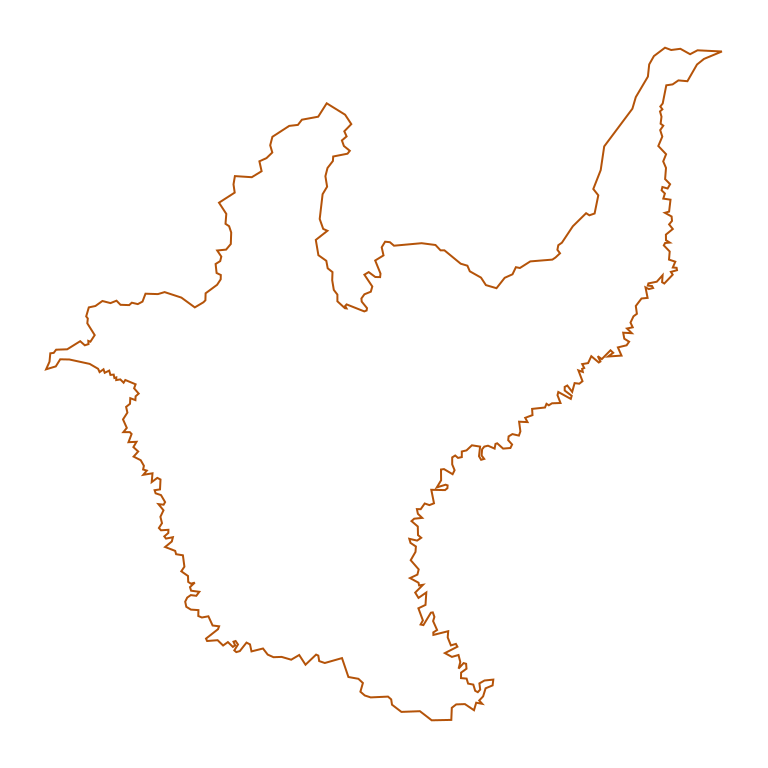 Matsoku, Leribe, Lesotho (orthographic projection)
{"feature_id": "5366337B96273842849421", "entity_name": "Matsoku", "entity_type": "district", "adm_level": 2, "iso_a3": "LSO", "parent_name": "Lesotho", "parent_adm1": "Leribe", "projection": "orthographic", "projection_center": [28.558, -29.136], "detail": "fine", "context": "isolated", "style": "outline", "palette": "amber", "viewbox_px": 768, "rotation_deg": 0, "n_neighbors": 0, "source": "geoboundaries", "source_scale": "gbopen_adm2", "svg_char_len": 6088}
<svg xmlns="http://www.w3.org/2000/svg" viewBox="0 0 768 768"><path d="M418.5,582.7L410.0,578.1L417.4,574.6L418.7,569.4L410.7,560.2L415.5,551.9L415.9,546.5L410.5,542.9L409.3,538.8L417.1,540.6L421.2,537.8L418.0,535.1L417.8,526.5L411.5,521.1L414.2,518.7L422.2,517.9L417.9,513.8L416.9,509.1L420.7,509.2L424.7,503.5L429.4,505.1L434.0,503.3L431.3,489.8L445.0,490.1L447.4,488.2L447.6,485.4L445.6,484.7L436.8,487.4L441.1,480.3L441.0,469.5L444.0,469.1L452.6,474.2L454.6,470.2L452.2,464.4L452.2,457.4L455.2,455.5L458.0,457.9L461.8,457.1L461.8,451.5L466.5,450.4L471.9,445.3L480.1,446.6L479.0,456.2L481.1,459.8L484.2,458.9L481.6,455.5L482.1,449.3L484.3,446.6L488.0,445.7L494.6,448.6L495.5,443.9L497.2,443.3L503.1,448.6L510.4,448.0L512.1,444.5L508.2,440.2L508.6,436.4L512.4,434.1L518.9,435.6L520.4,431.4L519.1,421.7L527.5,422.1L525.2,417.8L532.5,415.1L532.1,408.9L545.0,407.5L546.5,403.8L548.8,405.3L552.0,403.3L560.5,403.0L557.5,395.2L558.3,392.0L570.8,398.9L571.7,395.8L564.7,390.5L564.7,386.9L567.3,385.5L572.2,391.9L574.6,383.1L579.3,383.7L582.5,381.2L578.4,370.4L582.8,371.9L582.1,368.9L584.2,368.0L582.2,364.1L588.1,363.1L591.3,356.2L598.8,362.5L600.4,361.5L597.8,356.2L601.8,359.1L610.5,350.3L613.2,352.8L608.1,356.5L621.5,355.6L617.9,347.4L626.6,345.3L629.1,341.7L624.3,338.7L623.2,332.7L631.8,333.2L627.0,328.5L632.7,327.3L630.5,322.6L633.5,316.3L636.9,313.8L635.8,306.0L641.5,298.5L647.6,297.9L645.5,287.4L648.8,289.1L653.1,288.0L652.0,286.0L647.8,285.6L648.4,283.4L656.8,281.7L662.6,275.2L662.1,282.2L664.3,283.5L672.7,274.7L670.9,271.9L677.0,270.2L676.6,267.8L672.8,267.5L675.3,261.7L669.0,259.6L669.7,251.5L663.8,245.4L665.1,243.0L669.8,242.6L666.0,240.2L665.9,234.6L672.8,229.0L669.1,224.4L672.0,220.9L671.6,216.5L664.9,212.8L669.1,211.6L670.5,199.7L663.3,198.6L664.9,193.5L661.6,190.3L662.4,187.0L667.6,188.5L670.1,184.2L665.1,179.1L666.0,167.9L663.2,161.4L666.1,154.2L658.3,146.0L662.3,136.6L660.2,130.1L663.3,125.7L660.6,123.7L661.5,116.7L660.0,111.4L662.4,109.3L660.3,106.5L662.7,103.5L666.3,85.3L672.6,84.4L678.4,80.4L687.4,81.2L697.0,64.5L704.0,58.9L721.9,51.5L697.5,50.3L690.1,54.2L680.4,48.8L671.2,50.0L665.0,47.7L653.9,56.1L649.2,64.4L647.9,76.6L635.8,97.1L632.4,108.7L604.2,146.4L600.7,170.1L593.3,189.0L598.3,195.3L594.6,213.5L589.4,215.3L586.1,213.2L572.8,226.3L561.9,242.7L558.3,245.2L557.4,249.8L560.0,253.3L555.5,257.5L552.4,259.6L530.3,261.4L519.9,268.0L515.9,267.2L512.5,274.3L504.7,277.8L496.5,288.2L485.9,285.1L481.0,277.6L469.8,271.3L467.4,265.7L460.7,263.7L444.4,250.3L440.5,250.3L435.5,245.0L421.6,243.2L394.0,245.7L389.9,242.2L385.1,241.7L381.7,247.3L383.5,255.4L375.2,260.5L380.5,273.6L380.1,277.1L375.3,277.0L368.7,272.1L364.4,274.7L372.3,286.5L370.8,291.7L364.4,294.3L361.4,298.5L361.7,301.6L367.0,308.1L366.6,310.5L364.3,311.4L346.6,304.4L345.2,306.0L346.5,308.4L344.9,308.2L337.4,301.3L337.4,294.6L333.8,289.9L332.2,280.2L332.5,272.1L327.7,268.3L326.3,260.8L318.4,255.2L315.8,239.9L327.4,230.8L323.2,228.9L319.7,219.0L322.6,194.2L327.1,186.7L325.4,176.2L327.5,168.0L332.9,161.0L333.2,156.5L347.5,153.7L349.8,150.8L343.9,146.0L341.9,140.4L346.6,136.4L344.3,131.3L351.3,124.1L345.1,114.7L326.7,103.3L318.2,116.7L301.9,119.7L297.9,124.9L289.2,125.9L272.4,136.8L270.2,145.3L272.3,152.5L266.5,158.1L259.4,161.3L261.6,171.2L251.8,177.2L234.9,176.1L233.5,184.4L234.7,192.6L219.0,202.7L226.3,213.9L225.5,223.8L229.1,226.2L231.2,232.5L230.8,244.0L226.1,249.6L217.2,250.5L221.3,256.6L220.2,261.1L215.6,264.0L216.6,273.0L220.8,275.0L220.7,279.3L217.1,284.8L205.6,293.3L205.4,300.3L203.4,302.3L194.8,307.4L181.4,297.6L164.6,292.1L157.9,294.1L145.5,293.7L142.5,301.6L137.8,304.1L131.8,302.7L129.2,305.1L120.5,304.8L116.5,300.7L110.5,303.1L102.4,301.0L95.4,306.0L88.8,307.4L86.2,316.4L87.8,318.5L87.3,323.3L94.7,335.1L90.4,341.7L88.3,340.9L88.5,344.1L84.8,345.3L80.2,341.2L67.2,349.3L56.1,349.7L53.7,352.9L50.3,353.3L49.5,361.7L46.1,369.3L55.8,366.4L60.2,359.3L69.4,359.5L89.7,363.9L98.1,368.8L99.6,372.1L103.5,369.3L104.7,372.8L109.2,370.6L110.4,374.9L113.7,374.6L114.4,378.0L116.3,377.4L116.2,380.1L120.3,379.4L123.6,382.7L125.3,380.0L135.6,384.3L134.1,388.3L138.7,393.6L135.6,396.3L135.4,400.1L130.3,398.2L130.0,403.8L126.1,406.9L127.4,412.6L123.0,419.4L126.8,427.9L123.4,432.1L129.8,432.1L131.6,434.0L128.5,442.2L136.5,441.8L133.4,447.1L138.2,451.5L133.6,456.6L140.7,460.2L143.9,465.8L143.1,469.5L146.8,470.6L143.3,474.8L152.5,473.3L151.7,482.1L157.3,477.9L160.5,479.5L160.0,489.4L154.6,490.2L155.6,493.3L161.0,495.1L165.1,502.1L163.6,504.7L158.4,504.1L163.5,510.3L160.4,516.8L162.0,523.2L158.9,528.0L161.0,530.3L168.4,529.8L168.3,533.0L164.3,536.4L166.0,538.6L172.9,537.2L171.8,541.5L165.1,547.0L175.2,550.9L176.1,554.2L182.9,555.3L184.4,566.7L181.3,571.3L188.0,576.0L188.2,581.9L190.9,583.7L194.8,582.6L190.0,587.1L191.1,590.7L199.3,591.8L196.3,595.8L190.8,595.1L187.2,597.6L185.2,601.7L186.3,606.8L190.9,609.6L198.4,610.1L198.3,616.0L201.9,617.5L208.4,616.3L212.6,625.5L219.1,626.3L218.0,629.2L206.0,638.6L207.1,641.0L217.6,640.2L223.1,645.5L227.9,642.1L232.9,646.9L235.1,645.3L233.5,641.7L235.6,641.0L238.0,644.5L234.3,650.4L236.3,652.1L239.8,651.1L246.5,642.6L250.0,644.4L251.5,651.4L263.0,648.5L267.7,654.6L273.5,657.2L281.6,656.9L291.2,659.7L299.2,655.0L305.5,664.7L316.1,654.6L318.3,655.6L319.2,661.1L324.8,663.0L342.0,658.1L348.4,677.0L358.4,678.8L362.9,683.0L360.4,691.7L364.8,695.5L370.7,697.4L388.0,696.6L391.2,699.4L392.0,704.7L401.4,711.9L419.9,711.2L431.7,720.3L451.3,719.9L451.8,707.8L456.2,704.4L464.9,704.1L474.0,710.2L476.2,702.7L482.2,703.8L479.2,700.5L483.1,696.4L485.6,688.3L492.6,685.4L493.3,679.6L484.5,680.5L479.4,683.4L480.2,689.6L477.8,692.2L475.2,690.8L473.3,684.6L468.1,683.6L466.6,678.6L461.0,678.1L461.1,672.6L466.5,668.7L466.1,663.8L463.6,663.1L458.6,668.6L460.3,662.0L458.5,655.0L451.9,656.9L444.9,653.1L457.4,646.7L455.9,643.9L450.9,645.4L447.7,637.4L448.2,631.2L433.4,634.9L433.3,632.4L437.1,630.0L433.1,621.1L434.4,616.9L432.8,612.4L430.9,612.7L423.4,625.1L420.6,624.5L422.9,620.4L418.4,608.3L425.5,604.9L426.3,592.5L418.5,597.9L415.2,592.6L423.0,584.8L419.1,585.4L418.5,582.7Z" fill="none" stroke="#b45309" stroke-width="2"/></svg>